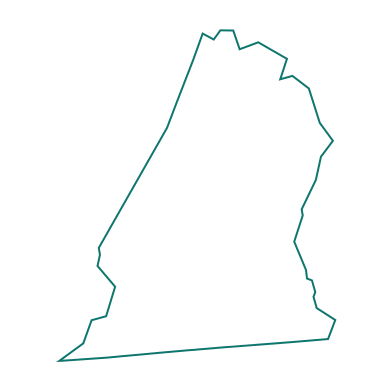 outline of Hamilton, Tennessee, United States of America, rotated 356°
{"feature_id": "52423323B89334194896332", "entity_name": "Hamilton", "entity_type": "district", "adm_level": 2, "iso_a3": "USA", "parent_name": "United States of America", "parent_adm1": "Tennessee", "projection": "natural_earth1", "projection_center": [-85.164, 35.221], "detail": "fine", "context": "isolated", "style": "outline", "palette": "teal", "viewbox_px": 384, "rotation_deg": 356, "n_neighbors": 0, "source": "geoboundaries", "source_scale": "gbopen_adm2", "svg_char_len": 866}
<svg xmlns="http://www.w3.org/2000/svg" viewBox="0 0 384 384"><g transform="rotate(356 192 192)"><path d="M317.5,348.1L326.0,329.7L308.3,316.5L305.9,305.0L308.0,300.5L305.5,288.6L300.7,286.3L300.3,277.8L290.5,248.7L300.8,223.2L300.2,216.9L316.4,188.6L323.1,165.8L336.1,150.8L333.9,147.2L324.3,132.0L315.8,96.9L300.3,83.2L287.9,85.7L296.0,65.8L268.5,47.3L249.5,52.9L244.4,33.8L231.6,32.7L224.3,41.4L213.7,34.7L202.6,59.9L182.5,102.6L171.6,126.2L95.1,241.3L95.8,248.1L92.6,259.2L108.7,281.1L97.7,309.9L82.9,312.9L73.0,335.4L47.9,351.2L51.9,351.3L96.2,351.3L107.6,351.0L127.4,350.6L137.8,350.4L139.3,350.3L141.5,350.3L145.3,350.2L154.5,350.0L155.4,350.0L161.2,349.9L166.7,349.8L177.2,349.6L180.1,349.6L184.7,349.6L185.4,349.6L186.8,349.5L187.5,349.5L204.2,349.3L207.1,349.2L280.5,348.7L315.9,348.2L317.5,348.1Z" fill="none" stroke="#0f766e" stroke-width="2"/></g></svg>